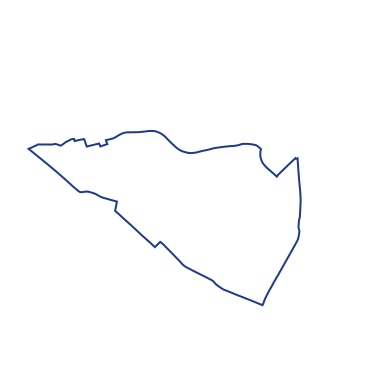 the district of Madinat Nasr-2, Al Qahirah, Egypt, rotated 143°
{"feature_id": "37247803B60267904610722", "entity_name": "Madinat Nasr-2", "entity_type": "district", "adm_level": 2, "iso_a3": "EGY", "parent_name": "Egypt", "parent_adm1": "Al Qahirah", "projection": "natural_earth1", "projection_center": [31.315, 30.048], "detail": "fine", "context": "isolated", "style": "outline", "palette": "blue", "viewbox_px": 384, "rotation_deg": 143, "n_neighbors": 0, "source": "geoboundaries", "source_scale": "gbopen_adm2", "svg_char_len": 5956}
<svg xmlns="http://www.w3.org/2000/svg" viewBox="0 0 384 384"><g transform="rotate(143 192 192)"><path d="M296.5,324.8L290.3,299.5L287.8,288.6L287.1,285.2L286.2,281.0L285.5,277.4L284.4,271.9L283.7,267.7L283.5,267.2L283.3,266.2L283.2,265.7L283.1,265.3L283.0,264.9L282.9,264.4L282.8,264.0L282.6,263.1L282.2,261.4L281.9,260.5L281.9,260.2L281.7,259.9L281.6,259.7L281.4,259.3L281.2,259.1L280.9,258.8L280.7,258.7L280.3,258.4L280.1,258.2L279.8,258.0L279.5,257.8L279.3,257.7L279.1,257.6L278.9,257.5L278.7,257.4L278.2,257.1L277.9,257.0L277.6,256.8L277.3,256.6L276.9,256.4L276.5,256.1L276.1,255.9L275.9,255.8L275.7,255.6L275.5,255.4L275.2,255.2L274.7,254.7L274.5,254.4L274.3,254.3L274.1,254.0L273.9,253.8L273.7,253.5L273.5,253.3L273.3,252.9L273.0,252.6L272.8,252.3L272.5,251.9L271.5,250.5L271.2,250.1L270.9,249.6L270.7,249.3L270.4,248.8L270.0,248.1L269.7,247.4L269.1,245.8L268.4,244.3L267.8,243.1L267.4,242.4L266.9,241.6L266.6,241.3L266.5,241.0L266.3,240.7L266.1,240.4L265.2,239.3L264.4,238.2L263.5,237.1L262.7,236.0L260.4,233.0L257.7,229.5L263.1,224.7L264.8,223.2L264.7,222.8L264.6,222.5L264.6,222.2L264.5,221.9L264.4,221.6L264.3,221.3L264.3,220.9L264.2,220.5L264.1,219.9L263.9,219.3L263.8,218.7L263.7,218.2L263.0,214.3L262.3,210.5L262.1,209.5L261.9,208.5L261.3,205.5L260.7,202.3L259.4,195.2L257.8,185.9L256.5,179.6L256.2,178.2L255.7,175.7L254.8,170.3L247.4,171.3L247.3,171.0L247.3,170.7L247.2,170.3L247.1,170.0L247.1,169.7L247.0,169.4L246.9,169.1L246.8,168.8L246.7,168.4L246.6,168.1L246.5,167.7L243.3,142.7L243.3,142.0L243.2,140.9L243.0,139.8L243.0,139.5L243.0,139.2L242.9,138.9L242.8,138.6L242.8,138.3L242.7,138.1L242.6,137.8L242.5,137.3L242.4,137.0L242.3,136.6L242.2,136.3L242.1,136.0L241.9,135.7L241.8,135.3L241.7,135.0L241.5,134.7L241.3,134.2L236.2,123.8L230.0,111.2L229.9,110.9L229.7,110.5L229.5,110.2L229.4,109.9L229.3,109.6L229.2,109.3L229.0,108.9L228.9,108.6L228.9,108.4L228.8,108.1L228.7,107.8L228.7,107.4L228.6,107.1L228.6,106.9L228.5,105.1L228.6,104.9L228.5,104.6L228.5,104.4L228.4,104.1L228.3,103.6L228.2,103.3L228.2,103.0L228.1,102.7L228.0,102.4L227.9,102.1L227.6,101.1L227.3,100.1L227.0,99.1L226.7,98.2L226.3,97.2L226.0,96.3L225.9,95.9L225.7,95.5L225.6,95.3L225.5,95.1L225.3,94.8L225.2,94.6L225.0,94.3L223.9,92.5L222.8,90.7L221.7,88.9L220.4,86.7L219.3,84.8L218.4,83.3L218.3,83.2L217.7,82.2L217.2,81.3L216.6,80.4L216.1,79.6L215.6,78.7L215.1,77.9L214.5,77.0L213.7,75.7L212.9,74.3L211.8,72.5L210.7,70.8L208.4,66.9L206.8,64.2L205.3,61.7L203.8,59.2L203.2,59.5L202.1,60.1L200.4,61.2L197.8,62.8L195.1,64.2L192.0,65.7L190.4,66.4L189.4,66.9L188.6,67.3L187.5,67.7L186.4,68.2L184.2,69.1L183.2,69.6L182.2,70.1L181.1,70.6L180.1,71.0L178.7,71.6L177.4,72.2L174.6,73.3L173.4,73.8L172.2,74.3L170.0,75.3L165.1,77.4L164.7,77.6L155.8,81.5L146.2,85.7L137.6,89.5L136.7,90.0L135.8,90.5L134.2,91.8L132.2,93.6L130.9,94.9L129.9,96.0L129.4,96.9L129.0,97.7L128.9,98.1L128.6,98.8L128.3,99.6L127.4,100.7L124.1,104.4L122.3,106.1L121.2,106.8L114.7,114.5L110.2,120.0L105.1,127.5L100.0,135.9L93.8,145.6L91.5,149.1L87.5,155.3L87.8,155.3L89.0,156.0L89.0,156.8L99.4,155.6L113.7,153.8L114.1,153.4L115.0,153.2L115.3,154.8L115.8,157.6L116.2,159.3L117.1,163.6L117.6,166.1L117.9,168.2L118.1,170.8L118.0,172.7L117.8,174.4L117.5,175.5L116.7,177.8L115.7,179.6L114.3,181.6L112.8,183.4L111.1,184.6L111.4,186.2L111.8,188.3L112.4,190.3L113.7,192.1L116.1,194.6L118.6,197.0L121.8,199.4L123.4,200.3L125.4,201.0L127.0,201.6L129.0,202.6L132.0,204.3L133.5,205.4L139.1,208.8L143.2,211.1L147.2,213.3L147.9,213.6L148.6,214.0L151.9,215.3L155.4,216.8L157.7,218.0L158.9,218.5L159.9,218.9L161.0,219.4L162.2,219.9L163.3,220.4L164.5,220.8L164.7,221.0L165.1,221.2L165.3,221.2L165.7,221.5L166.1,221.7L166.8,222.1L167.5,222.5L167.8,222.7L168.1,222.8L168.3,223.0L168.6,223.1L168.8,223.3L169.0,223.4L169.2,223.6L169.3,223.7L169.5,223.8L170.0,224.3L170.4,224.6L170.8,225.0L171.3,225.2L171.4,225.5L171.6,225.6L171.7,225.8L171.8,225.9L172.0,226.1L172.4,226.6L172.6,226.9L173.0,227.3L173.3,227.8L173.7,228.2L173.9,228.5L174.1,228.8L174.4,229.2L174.6,229.5L174.8,229.7L174.9,230.0L175.1,230.2L175.3,230.6L175.5,231.0L175.8,231.4L176.0,231.8L176.3,232.4L176.4,232.8L176.6,233.1L176.8,233.7L176.9,234.0L177.0,234.2L177.1,234.5L177.3,235.0L177.4,235.4L177.5,235.7L177.6,236.1L177.7,236.6L177.8,237.0L177.9,237.3L178.0,237.7L178.2,239.0L178.4,240.3L178.7,241.6L178.9,242.9L179.1,244.2L179.3,245.6L179.5,246.9L179.7,248.3L179.8,249.4L180.0,250.6L180.1,251.7L180.3,252.9L180.3,253.2L180.4,253.4L180.4,253.6L180.5,253.8L180.5,254.1L180.6,254.3L180.7,254.5L180.9,255.4L181.1,255.8L181.2,256.2L181.3,256.5L181.6,257.3L181.8,257.7L182.0,258.2L182.2,258.6L182.4,258.9L182.5,259.2L182.7,259.4L182.8,259.7L183.2,260.4L183.4,260.7L183.7,261.1L183.9,261.4L184.1,261.7L184.4,262.0L184.6,262.3L184.7,262.5L184.9,262.8L185.2,263.0L185.4,263.3L185.6,263.5L185.8,263.6L185.9,263.8L186.1,263.9L186.3,264.1L186.8,264.5L187.3,264.9L187.8,265.3L188.4,265.7L189.4,266.4L190.0,266.8L190.5,267.1L191.5,267.7L192.6,268.3L193.6,268.9L194.6,269.5L196.9,270.9L199.2,272.3L199.9,272.8L201.8,274.3L202.4,274.6L202.9,275.0L203.4,275.4L203.9,275.7L204.4,276.1L204.9,276.4L205.3,276.7L205.9,277.2L206.6,277.7L207.0,278.0L207.3,278.3L207.6,278.5L207.9,278.7L208.3,278.9L208.6,279.1L208.9,279.2L209.1,279.4L209.3,279.5L209.6,279.6L209.8,279.7L210.1,279.8L210.7,280.1L211.1,280.3L211.5,280.4L211.8,280.5L212.0,280.6L212.4,280.7L212.8,280.8L213.0,280.9L213.4,280.9L213.9,281.0L214.3,281.1L214.7,281.2L215.2,281.3L216.3,281.4L216.9,281.5L218.2,281.6L219.2,281.7L219.7,281.8L220.1,281.8L220.5,281.9L221.0,281.9L221.4,282.0L222.1,282.1L222.9,282.3L223.1,282.4L223.3,282.5L223.6,282.6L223.8,282.7L224.0,282.8L229.6,285.2L230.8,281.2L237.8,283.6L237.0,286.6L248.7,291.7L246.3,299.1L248.2,300.2L252.3,302.1L255.1,303.3L254.2,305.3L256.6,306.7L262.9,307.8L265.7,307.8L267.6,307.8L268.4,307.9L269.2,308.3L270.6,310.5L272.0,312.4L273.0,313.1L275.0,314.0L286.2,322.5L287.0,322.9L287.7,322.7L288.3,322.9L296.5,324.8Z" fill="none" stroke="#1e3a8a" stroke-width="2"/></g></svg>